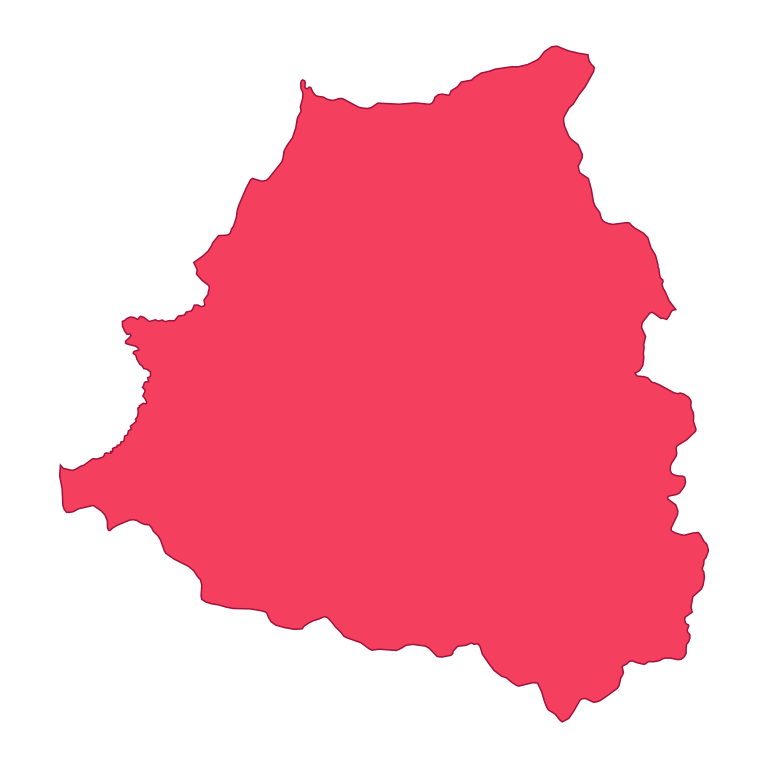 outline of Coromoro, Santander, Colombia
{"feature_id": "7082276B92015443514121", "entity_name": "Coromoro", "entity_type": "district", "adm_level": 2, "iso_a3": "COL", "parent_name": "Colombia", "parent_adm1": "Santander", "projection": "mercator", "projection_center": [-73.011, 6.24], "detail": "fine", "context": "isolated", "style": "filled", "palette": "rose", "viewbox_px": 768, "rotation_deg": 0, "n_neighbors": 0, "source": "geoboundaries", "source_scale": "gbopen_adm2", "svg_char_len": 6061}
<svg xmlns="http://www.w3.org/2000/svg" viewBox="0 0 768 768"><path d="M692.2,612.1L691.0,607.3L692.8,596.7L701.3,589.1L703.0,585.4L704.4,577.7L703.8,571.9L702.5,569.9L702.3,568.2L703.7,564.5L704.1,559.8L706.0,557.6L708.3,551.3L708.3,549.8L707.0,544.8L705.9,543.1L704.2,541.8L700.5,535.0L698.4,532.5L692.8,533.0L684.2,535.3L679.1,534.2L674.6,532.6L671.4,530.7L671.1,528.2L677.5,514.7L677.9,511.1L675.8,504.9L667.9,499.0L667.6,497.2L668.8,496.1L676.5,494.5L679.6,492.9L684.3,486.4L685.5,482.3L684.7,477.2L682.4,476.1L678.5,476.0L674.3,475.0L671.5,473.4L670.1,469.9L670.6,465.6L671.6,463.2L676.2,456.0L676.7,453.5L676.1,447.9L677.2,445.7L686.7,439.8L695.6,431.2L696.0,429.2L693.4,421.3L693.7,416.1L693.2,412.5L691.6,409.2L690.8,406.0L691.1,401.8L690.7,400.3L688.6,397.2L683.8,394.1L680.1,393.0L677.8,393.7L673.8,392.7L659.4,384.8L654.4,382.7L652.8,382.6L651.4,381.8L647.8,377.8L643.5,376.6L637.6,376.1L636.8,375.6L634.9,372.9L637.2,372.1L639.6,370.6L642.9,365.2L643.8,357.8L643.4,353.0L644.1,347.8L643.7,344.7L645.6,336.5L641.6,327.7L641.7,325.2L642.6,322.2L649.7,313.2L651.9,312.3L654.2,313.4L660.9,318.4L662.9,318.2L666.7,319.4L669.3,315.8L670.6,312.8L672.4,310.3L675.8,309.6L669.2,300.9L665.0,291.3L663.3,288.6L661.9,284.3L663.1,281.5L662.7,279.8L660.6,278.1L659.9,276.3L658.8,268.7L657.9,266.8L658.0,265.0L655.5,255.3L651.0,247.9L647.8,237.7L643.5,233.2L634.9,228.2L631.5,225.4L629.5,223.0L626.9,222.6L612.6,224.4L608.2,223.5L605.1,222.3L602.7,220.6L601.3,218.3L599.7,212.5L594.9,205.9L593.4,201.7L591.4,189.7L588.4,178.6L580.2,173.1L579.0,170.5L578.3,165.9L582.0,158.4L582.4,154.7L578.0,144.6L570.9,139.0L569.0,136.6L564.5,126.1L563.6,120.8L563.7,117.5L569.0,107.9L573.4,103.8L578.9,94.9L585.3,86.5L593.6,71.5L594.3,67.4L591.0,64.0L589.4,61.3L588.4,58.0L588.0,54.8L578.4,53.2L567.9,50.7L556.8,46.1L551.5,46.9L544.5,51.5L539.9,57.6L537.2,60.0L527.5,64.6L518.2,66.8L512.2,66.7L495.4,69.1L489.4,71.2L481.1,73.1L474.5,77.3L471.6,80.1L461.3,82.0L457.6,86.7L451.1,90.9L449.8,94.0L448.8,95.3L442.0,94.1L438.1,94.8L434.9,97.3L433.9,100.5L432.2,102.9L429.6,104.3L415.3,102.9L399.1,104.2L377.8,103.1L371.3,107.6L367.7,108.5L362.7,108.1L358.6,107.2L342.6,98.6L339.2,98.5L333.8,100.3L331.3,100.3L326.8,99.1L323.4,97.1L317.9,96.3L315.7,95.6L312.7,91.9L310.8,87.6L309.1,87.1L307.4,88.8L305.6,88.2L304.9,86.7L305.3,82.5L304.7,80.9L302.8,79.9L301.5,80.7L300.8,82.8L300.8,86.7L301.2,89.3L302.3,91.0L303.0,94.1L302.5,99.0L300.3,107.1L301.2,111.2L298.2,116.3L297.2,119.1L295.8,127.8L292.6,137.6L286.9,145.7L284.0,151.3L283.1,157.9L281.8,161.9L268.9,178.2L266.1,180.4L263.0,181.1L260.5,180.9L252.6,178.4L250.7,179.6L246.1,188.3L238.9,205.1L237.3,210.3L236.3,217.6L233.6,226.0L231.5,229.1L230.4,232.9L228.2,234.8L226.5,235.2L218.5,235.6L212.7,242.9L211.5,245.9L208.0,251.3L202.8,256.0L193.7,262.5L197.2,269.6L196.5,274.1L202.0,280.3L208.2,285.1L209.1,286.3L209.2,289.1L208.5,290.6L208.0,294.5L204.0,300.0L204.7,304.7L204.4,306.0L201.2,306.6L197.7,305.0L194.3,305.1L192.8,308.8L191.4,310.9L186.2,312.1L184.7,314.7L184.0,315.2L178.3,316.0L174.5,320.8L169.3,320.6L165.7,321.5L164.3,321.3L162.3,320.0L158.3,321.1L155.4,319.8L149.3,321.5L143.8,317.3L140.6,316.4L139.5,316.9L138.1,319.2L137.2,319.2L134.3,317.6L130.8,317.0L129.2,317.4L126.6,318.7L124.6,320.6L122.4,321.3L122.5,326.3L124.8,331.3L127.0,334.3L130.1,334.0L131.1,335.3L130.2,336.9L125.7,341.1L125.5,343.0L126.5,343.8L135.9,346.3L138.2,348.1L138.7,350.1L134.4,351.2L133.5,352.0L133.2,353.4L135.8,355.2L136.8,359.0L139.8,364.2L142.2,366.0L143.7,368.6L146.7,369.1L150.4,371.8L150.5,376.0L149.7,377.0L147.7,377.6L148.5,381.5L148.1,381.9L145.4,381.8L144.3,383.0L143.1,386.7L142.4,387.4L145.0,390.0L144.9,391.6L142.9,396.0L145.2,399.0L146.6,401.9L146.6,403.2L145.9,403.7L143.3,403.3L139.4,405.8L139.5,407.3L138.2,407.7L137.8,408.8L138.3,411.9L137.5,416.6L135.5,419.2L136.3,421.4L130.4,426.2L131.3,429.1L128.4,430.9L127.5,434.8L124.6,436.2L124.0,440.8L123.2,441.5L121.1,441.8L120.1,444.8L117.2,445.4L116.7,447.3L114.9,447.4L112.6,448.5L112.7,451.3L110.7,451.4L110.5,451.8L111.4,453.0L110.1,453.3L106.1,452.9L104.6,453.7L104.2,455.4L102.7,457.2L96.6,459.1L93.4,458.7L92.3,459.0L83.8,465.3L81.0,466.1L75.2,469.5L72.3,470.4L63.3,468.4L60.4,465.1L59.7,476.1L62.1,488.6L62.9,505.4L64.2,509.4L66.5,512.3L69.5,512.4L73.3,511.7L78.5,508.8L93.3,505.4L101.1,510.8L104.8,514.7L107.3,520.8L107.5,527.7L108.5,530.2L109.8,530.6L112.6,528.1L116.7,525.5L129.7,520.1L133.2,519.7L136.5,520.4L142.2,523.6L145.2,524.5L149.3,524.9L151.6,527.7L153.3,531.2L158.0,535.8L160.7,540.4L164.3,550.7L165.9,553.4L174.3,559.2L188.8,566.5L193.9,570.9L197.3,576.2L200.5,579.9L201.8,585.1L201.1,596.1L201.8,599.4L205.5,601.8L211.1,603.7L218.7,604.9L226.5,607.2L233.4,608.5L250.4,608.9L261.2,610.7L265.6,612.0L266.7,612.9L268.7,617.8L271.2,621.9L275.8,625.1L284.1,627.5L294.1,629.3L302.0,628.9L304.3,625.9L309.5,622.6L313.5,620.6L318.7,619.1L324.3,616.6L327.4,617.5L331.0,621.2L335.5,626.9L341.1,632.5L343.9,636.2L347.1,637.9L361.2,642.8L368.8,648.6L372.0,650.2L379.4,649.2L396.3,650.5L400.8,648.5L406.3,645.2L413.1,644.4L425.4,646.1L429.1,648.2L437.2,656.5L441.7,657.1L451.0,655.3L452.9,653.5L452.9,651.4L457.7,646.3L466.0,645.3L471.0,643.1L472.2,643.3L474.0,644.4L476.8,643.7L478.6,644.5L480.1,646.6L482.4,654.2L490.2,665.4L494.1,670.5L501.4,676.1L506.3,677.7L512.5,682.9L516.6,685.4L518.9,686.1L532.6,682.7L537.5,683.0L541.5,691.3L544.5,701.5L546.8,707.4L548.5,710.0L555.1,714.1L560.3,720.5L562.3,721.9L568.8,718.4L574.0,710.7L579.8,700.5L581.8,698.8L585.5,698.5L593.7,702.3L597.2,701.7L600.1,700.6L605.9,696.7L617.2,688.4L619.1,685.5L620.7,678.2L622.9,674.3L623.4,672.5L622.2,667.0L622.6,666.1L627.0,663.8L629.4,661.3L632.4,660.9L636.9,662.7L643.7,664.3L645.0,664.1L648.5,661.6L652.8,661.8L656.8,661.3L659.4,660.6L663.0,658.7L665.2,658.1L670.4,658.1L677.5,659.6L680.8,659.4L682.5,658.3L684.4,656.6L686.1,653.3L686.1,648.0L686.6,644.3L688.7,641.6L689.9,637.8L689.9,634.7L687.8,632.3L687.4,631.0L687.4,629.4L688.8,626.0L688.2,624.7L686.5,624.1L685.5,622.7L684.7,619.7L684.9,617.8L685.6,616.8L692.2,612.1Z" fill="#f43f5e" stroke="#9f1239" stroke-width="1.5"/></svg>